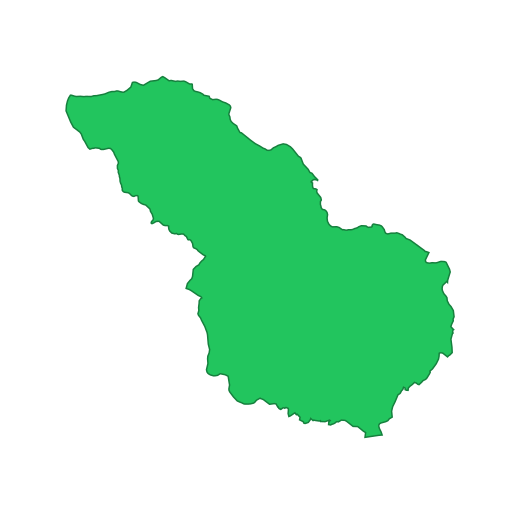 outline of Finis, Bihor, Romania, rotated 97°
{"feature_id": "2599482B59460374460449", "entity_name": "Finis", "entity_type": "district", "adm_level": 2, "iso_a3": "ROU", "parent_name": "Romania", "parent_adm1": "Bihor", "projection": "mercator", "projection_center": [22.253, 46.612], "detail": "fine", "context": "isolated", "style": "filled", "palette": "green", "viewbox_px": 512, "rotation_deg": 97, "n_neighbors": 0, "source": "geoboundaries", "source_scale": "gbopen_adm2", "svg_char_len": 6061}
<svg xmlns="http://www.w3.org/2000/svg" viewBox="0 0 512 512"><g transform="rotate(97 256 256)"><path d="M119.0,459.8L122.0,461.2L125.1,462.0L129.4,462.5L135.1,462.2L145.7,456.2L150.4,452.9L154.5,445.9L156.2,444.3L161.3,441.6L162.9,440.1L168.8,435.9L170.2,433.9L169.1,431.6L168.9,430.3L168.2,428.6L168.2,424.4L168.9,423.5L169.1,422.5L168.8,420.3L167.0,415.4L167.0,414.7L167.0,413.6L168.1,412.0L170.4,409.8L172.1,409.0L179.1,404.2L180.8,403.9L183.0,404.6L186.0,404.2L187.7,403.1L189.8,402.9L192.5,401.5L193.8,401.3L195.6,400.5L198.4,400.0L200.3,399.2L202.0,398.1L203.8,397.7L204.9,397.0L206.9,396.8L207.5,396.4L208.2,395.6L208.7,394.6L208.8,390.3L209.9,388.4L211.2,386.9L211.7,385.4L211.7,384.4L210.8,383.0L210.5,381.3L210.7,380.7L211.1,380.3L215.7,379.4L216.4,378.7L217.8,376.3L218.5,374.0L218.8,371.7L222.1,367.2L222.9,366.7L224.5,366.2L227.2,364.1L231.1,362.4L232.9,362.6L234.4,363.8L235.3,364.0L236.0,364.1L236.5,363.6L236.5,363.0L235.5,361.4L234.2,359.8L233.7,358.6L233.4,356.4L236.6,351.8L236.9,349.8L236.6,347.6L237.0,346.3L238.5,346.2L240.1,345.7L241.7,344.7L243.5,342.4L243.9,339.2L243.3,337.6L243.8,336.9L244.1,335.7L243.2,332.5L243.1,330.5L244.4,329.0L245.1,327.5L248.0,325.6L248.2,325.1L247.9,324.1L248.0,323.4L248.5,322.5L251.3,320.5L254.5,319.6L255.4,318.9L256.2,316.3L256.9,315.0L257.7,314.4L258.8,312.7L261.3,308.4L262.0,306.2L262.3,306.0L265.9,307.7L267.7,309.4L269.9,310.9L271.7,311.6L273.7,314.2L276.9,316.6L284.0,316.5L286.4,317.0L288.2,318.5L291.7,320.7L296.7,321.4L297.4,318.1L298.3,316.0L302.2,308.5L303.0,305.9L303.7,305.0L304.3,304.7L305.0,305.6L307.4,306.9L309.8,306.7L314.2,306.7L317.1,306.1L320.4,306.6L321.9,305.8L324.2,303.5L326.3,302.3L332.2,298.2L338.0,295.2L340.2,294.5L349.3,292.6L354.5,290.6L358.0,290.7L361.3,291.6L364.0,291.5L368.5,290.6L374.9,291.3L377.1,290.5L378.3,289.4L378.8,288.6L379.6,286.7L380.1,283.5L379.8,281.8L379.1,279.5L377.4,277.5L377.2,276.9L377.6,272.1L378.7,269.0L387.3,266.5L390.9,266.7L392.4,266.5L394.0,265.6L398.6,261.2L402.1,257.0L402.9,254.5L403.5,252.1L404.2,250.3L404.3,249.2L403.9,245.6L403.4,243.4L402.4,240.7L401.6,239.6L399.0,237.9L396.6,234.6L397.0,234.1L397.0,233.6L397.6,231.2L401.5,224.5L400.3,219.9L400.4,218.0L403.2,216.0L403.0,215.7L404.5,214.7L405.1,213.4L404.8,213.1L405.2,212.6L403.4,210.7L403.3,209.5L403.6,208.9L402.7,207.8L403.3,205.5L404.6,205.1L408.5,204.9L411.3,203.8L410.5,202.4L406.9,198.3L408.6,196.6L408.0,195.9L410.7,192.6L413.3,192.8L414.8,188.7L415.7,188.4L416.2,187.9L416.2,186.7L414.8,183.8L411.8,182.1L410.6,181.9L412.4,179.3L411.8,178.7L412.0,177.3L412.1,173.1L411.6,172.0L412.4,171.7L412.0,167.2L409.9,163.0L410.3,162.3L411.7,163.5L414.5,163.4L414.6,161.2L414.0,160.6L413.1,158.6L412.2,157.3L410.6,155.8L410.6,154.0L408.5,151.3L408.3,147.6L409.2,145.6L413.3,138.9L412.9,134.2L416.7,128.2L417.9,125.7L422.7,125.7L419.0,112.3L418.3,109.0L415.4,110.4L412.2,112.5L410.3,113.3L408.8,113.5L407.4,112.9L406.5,111.6L404.6,107.0L403.4,105.1L401.3,103.8L399.3,101.2L393.5,102.5L388.9,102.0L383.7,100.2L377.3,98.4L376.2,98.0L375.3,96.7L374.4,96.0L372.1,95.2L370.6,94.0L368.3,93.6L368.7,92.3L369.1,91.8L370.5,91.7L370.9,90.3L370.8,88.7L368.4,88.7L366.4,87.2L364.4,85.1L362.1,83.3L362.4,82.8L362.4,81.7L363.6,79.7L363.8,78.5L361.2,76.3L359.3,75.0L357.9,72.8L357.3,72.2L356.3,71.5L351.7,69.4L350.1,68.9L349.1,69.4L346.6,67.1L341.0,64.0L336.1,62.3L333.4,62.1L330.2,62.3L329.7,61.6L329.5,59.8L329.7,58.7L332.8,53.6L331.4,52.6L330.6,51.5L328.0,49.5L322.6,50.4L314.8,52.4L309.2,51.6L308.4,51.0L307.7,51.6L305.4,51.5L305.0,50.9L302.4,54.0L299.6,53.4L296.3,52.3L294.6,52.7L292.2,52.0L286.1,53.5L282.5,56.2L280.5,58.5L277.2,60.7L274.1,61.4L272.3,62.9L271.0,64.5L269.7,65.5L267.5,66.8L265.7,67.3L263.5,67.3L262.1,66.9L258.0,63.5L258.8,62.7L256.7,62.8L248.2,61.3L245.6,62.3L239.3,66.4L238.9,66.9L238.6,68.5L238.8,71.5L239.0,72.3L240.5,75.4L241.0,77.0L241.2,80.4L242.0,83.0L241.9,85.3L241.6,86.2L240.8,87.0L239.2,87.4L231.5,84.8L230.9,87.5L231.0,88.6L230.2,89.3L221.4,105.0L220.3,109.3L219.3,110.2L217.1,113.4L216.7,115.6L216.3,116.6L215.8,119.1L216.4,120.8L216.9,124.9L218.1,127.9L217.6,130.1L216.0,131.2L214.2,131.9L211.8,134.1L210.9,135.2L210.3,137.2L210.2,140.2L209.9,143.0L210.1,143.6L211.4,144.5L212.4,144.3L213.1,144.7L213.9,148.0L213.5,149.3L212.9,150.1L212.8,150.7L213.1,155.1L214.5,157.6L215.4,158.6L216.3,160.2L216.5,161.0L217.8,163.1L218.4,164.9L218.7,167.8L219.1,168.2L219.4,169.8L219.2,172.2L219.4,173.5L217.6,176.9L217.1,179.4L217.8,183.8L217.0,185.7L215.7,187.4L212.9,189.3L209.5,190.1L206.2,190.0L204.1,190.8L202.9,191.8L202.0,193.1L201.7,194.4L201.8,195.3L201.2,196.3L199.7,197.4L199.0,197.5L196.9,198.4L194.0,198.7L192.9,198.1L192.1,198.1L190.0,198.9L185.9,203.1L184.3,203.7L182.7,203.5L182.1,204.8L182.1,207.1L181.1,208.0L178.8,208.6L176.6,208.8L176.1,210.1L175.5,210.3L174.9,210.0L174.8,209.5L173.5,208.6L172.8,207.5L173.2,206.7L172.8,205.9L173.5,204.1L172.9,204.0L170.0,207.7L167.5,210.1L167.0,210.7L166.5,212.7L163.6,214.8L159.0,220.3L153.3,223.3L152.8,223.9L151.8,226.1L145.3,232.7L143.4,235.2L141.6,239.3L141.4,242.7L143.5,247.5L145.1,249.6L146.5,251.9L148.9,254.1L149.6,255.9L149.7,257.9L148.6,260.0L148.1,262.1L146.4,265.7L144.6,270.4L141.8,275.4L135.5,285.5L135.5,286.6L135.1,287.2L131.5,289.8L129.2,291.0L127.2,294.9L125.5,297.1L123.5,298.3L121.1,298.9L119.1,300.1L118.1,300.3L111.9,299.1L110.4,299.7L109.3,300.9L107.8,304.6L107.1,308.0L105.7,311.6L105.3,313.2L105.3,314.6L106.1,318.1L105.1,321.0L103.2,322.0L102.8,327.4L101.9,328.4L100.7,331.3L100.3,333.4L100.0,336.3L99.5,337.8L97.7,339.4L93.3,340.2L93.1,340.8L93.4,342.8L91.6,347.1L91.2,348.9L91.9,352.4L91.9,355.2L92.5,357.1L92.1,361.7L92.7,363.6L90.2,368.2L89.3,370.4L90.1,371.7L93.1,374.5L94.0,376.5L95.4,382.2L100.3,388.6L99.8,392.0L98.4,395.7L98.2,396.9L98.3,398.4L98.8,399.8L103.6,400.8L107.2,404.1L109.5,407.1L109.7,408.1L109.4,411.0L109.1,412.7L109.1,414.2L110.0,416.5L110.4,419.3L111.4,421.9L113.6,425.8L114.3,427.7L116.3,433.8L116.7,436.4L117.8,439.0L118.3,444.1L118.8,446.2L118.9,449.8L119.6,453.8L119.5,455.5L118.9,458.7L119.0,459.8Z" fill="#22c55e" stroke="#15803d" stroke-width="1.5"/></g></svg>